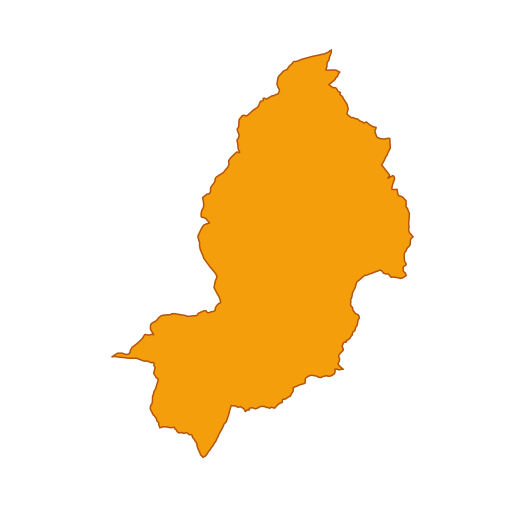 Dong Giang, Quàng Nam, Vietnam (orthographic projection), rotated 147°
{"feature_id": "81297802B9107629386142", "entity_name": "Dong Giang", "entity_type": "district", "adm_level": 2, "iso_a3": "VNM", "parent_name": "Vietnam", "parent_adm1": "Quàng Nam", "projection": "orthographic", "projection_center": [107.776, 15.912], "detail": "fine", "context": "isolated", "style": "filled", "palette": "amber", "viewbox_px": 512, "rotation_deg": 147, "n_neighbors": 0, "source": "geoboundaries", "source_scale": "gbopen_adm2", "svg_char_len": 6107}
<svg xmlns="http://www.w3.org/2000/svg" viewBox="0 0 512 512"><g transform="rotate(147 256 256)"><path d="M432.2,249.9L430.2,249.4L417.9,239.2L412.5,235.7L411.7,235.0L407.2,229.0L406.0,228.0L404.8,227.6L401.9,223.5L400.2,222.6L399.9,222.2L400.0,221.4L401.4,219.5L401.3,217.4L401.5,217.0L403.2,215.9L403.9,215.0L405.6,213.6L405.9,209.0L405.9,208.1L405.1,206.3L406.3,204.6L412.6,199.3L415.6,197.7L417.4,195.8L419.0,194.9L422.4,190.0L424.1,188.6L425.9,187.9L427.6,186.0L428.1,184.5L428.7,178.8L428.3,177.3L428.1,173.7L429.0,171.6L428.4,169.6L428.6,168.7L429.4,167.7L430.2,164.3L426.8,163.3L424.1,161.4L421.2,158.5L417.8,156.8L418.1,156.3L418.0,154.5L417.5,153.3L417.8,151.7L417.0,149.5L415.1,148.9L413.4,146.9L412.3,146.2L410.7,145.8L410.2,145.3L409.2,142.3L407.7,141.6L407.3,140.5L408.0,138.5L407.6,135.3L407.9,134.0L407.7,132.9L407.9,130.9L408.1,130.1L408.5,129.7L408.9,128.7L409.6,126.2L410.2,121.6L410.8,119.5L410.2,117.1L410.2,116.0L407.3,115.8L404.1,116.9L401.7,118.2L399.8,118.5L398.4,119.4L394.8,120.6L393.3,121.6L391.0,122.3L387.8,124.4L386.3,125.1L384.8,126.3L377.5,130.2L373.9,132.7L371.9,132.9L371.1,133.3L365.7,137.5L362.6,140.4L358.2,144.1L356.4,142.4L354.9,141.5L353.5,138.9L350.7,137.9L350.6,136.8L349.8,135.7L349.4,133.8L349.4,132.8L349.7,131.9L349.5,131.4L347.5,131.6L345.5,130.6L344.9,131.6L344.2,131.9L341.7,130.7L339.6,128.0L336.6,127.5L334.8,127.5L333.6,127.0L331.4,125.7L331.2,125.2L330.5,124.9L329.9,123.3L328.0,122.0L327.4,120.8L325.6,120.9L323.2,118.2L320.6,119.0L317.8,119.5L315.8,119.5L313.9,118.9L311.9,121.1L311.1,121.0L309.2,120.0L305.3,120.1L303.3,119.8L301.4,121.1L298.4,122.5L297.1,124.5L296.2,125.2L294.1,124.9L292.0,124.4L290.5,124.4L284.4,122.6L283.2,123.6L281.7,126.0L280.7,126.5L278.8,126.7L276.1,126.4L274.1,125.6L270.6,122.2L269.4,120.1L267.7,118.7L265.6,118.5L262.3,117.3L261.9,117.1L261.3,116.1L259.5,115.0L258.4,114.6L255.8,114.4L254.1,114.6L252.5,116.2L251.4,118.0L250.1,117.4L248.4,115.3L246.6,114.7L244.7,113.6L244.6,114.2L245.3,115.6L246.0,119.0L245.9,120.7L245.8,121.0L243.2,122.7L242.4,123.6L241.8,124.5L241.5,126.5L240.5,127.7L239.5,128.2L234.0,129.5L233.6,130.1L232.9,133.3L230.3,135.4L229.1,135.5L227.1,134.7L226.7,135.0L226.4,135.8L223.7,135.5L221.6,136.1L219.2,137.2L218.0,137.4L217.5,138.5L216.1,139.4L213.8,139.6L211.1,142.0L209.7,142.4L208.5,143.2L205.4,146.6L203.0,147.8L202.5,148.8L202.3,151.0L203.9,153.4L204.2,157.7L204.0,158.6L203.1,160.1L203.5,162.6L202.8,164.4L201.3,165.9L200.7,167.6L198.3,169.1L194.7,172.9L190.1,175.4L186.2,178.9L184.8,179.5L182.8,179.5L178.0,180.3L175.3,180.4L173.5,179.7L160.2,176.7L159.5,176.4L158.7,175.3L158.4,172.2L157.7,171.1L156.9,170.3L155.4,169.5L154.8,168.8L154.3,164.6L152.4,163.6L151.2,162.6L148.6,160.3L147.2,158.6L145.3,157.9L144.0,157.7L140.5,157.9L140.1,160.5L140.7,162.7L139.1,166.1L138.2,166.6L135.3,166.8L134.5,167.2L134.4,167.4L134.3,170.3L133.8,171.6L131.1,176.4L129.1,178.1L127.6,178.5L126.0,179.6L124.4,180.4L122.9,180.6L120.7,181.4L117.8,185.3L116.4,186.2L114.4,186.4L113.8,186.7L114.6,192.2L113.9,194.7L111.9,196.9L110.1,200.3L104.3,207.9L103.1,213.5L103.4,215.3L100.1,220.6L100.8,225.0L101.7,226.9L103.0,228.3L103.4,229.1L103.4,230.3L101.4,235.1L105.0,237.2L105.6,237.9L105.2,238.8L102.8,241.3L98.2,244.8L97.6,245.6L97.1,246.6L97.1,248.4L97.6,248.9L102.8,249.3L102.7,249.6L100.4,250.5L99.9,251.4L101.0,263.9L97.3,265.8L93.0,268.5L90.8,269.4L88.8,271.0L84.7,273.2L79.8,281.7L80.9,282.7L85.1,284.4L88.0,287.0L89.5,289.1L89.8,290.5L88.6,295.3L88.1,296.3L85.5,298.0L85.3,298.6L87.6,300.8L89.3,304.4L90.4,308.2L92.8,308.7L95.5,313.1L96.1,315.5L97.6,316.8L99.2,319.2L100.6,320.2L100.9,320.7L102.3,324.8L102.3,325.3L101.5,326.7L98.7,328.9L97.0,333.7L97.0,340.3L96.7,342.8L97.7,345.9L96.2,347.1L97.5,349.4L97.3,351.9L97.4,353.2L98.0,354.1L100.0,355.6L101.6,360.1L99.0,360.2L97.5,360.5L93.8,360.9L91.9,362.0L90.2,362.1L87.5,364.0L85.6,364.6L87.7,368.3L89.5,369.7L95.3,373.2L96.0,374.1L93.2,376.4L91.5,378.9L90.3,379.8L88.3,380.5L86.1,382.7L82.9,385.0L81.4,386.5L80.7,387.7L82.5,387.9L83.0,387.6L84.2,387.6L89.1,388.3L90.6,389.3L92.1,389.6L100.0,392.7L110.4,396.0L116.3,397.2L117.9,398.3L118.5,398.4L119.7,398.2L120.9,397.7L125.1,397.0L128.1,395.6L129.1,395.6L131.7,396.1L133.3,395.9L135.4,395.2L138.2,394.7L140.3,393.7L144.2,389.5L144.9,388.6L145.6,385.6L145.8,383.1L146.3,381.8L149.3,379.9L150.1,380.0L150.9,380.6L153.9,380.8L155.4,381.6L161.5,381.9L162.1,382.2L162.8,383.6L163.2,384.0L164.3,384.2L164.7,383.1L165.3,382.6L165.8,382.5L168.1,383.3L172.0,380.5L174.2,379.8L178.5,379.9L187.1,378.5L188.0,379.0L189.7,380.8L190.4,381.0L191.1,381.1L194.1,380.3L196.2,379.3L200.1,373.8L202.8,372.6L203.5,370.5L203.8,368.3L204.4,366.4L206.4,364.5L208.4,363.9L209.1,363.0L210.4,359.7L212.6,355.5L213.0,352.4L213.4,351.8L214.2,352.1L214.9,353.4L216.0,353.7L223.9,352.1L226.9,350.9L227.6,350.1L228.8,347.4L231.3,345.8L234.6,345.0L238.1,343.7L244.4,343.9L246.3,343.8L248.0,343.2L249.7,341.2L250.7,340.4L255.3,338.7L257.0,337.8L257.8,336.9L258.6,335.3L260.3,334.0L262.0,333.8L263.1,334.5L263.8,334.6L268.9,334.1L270.9,329.4L272.1,327.1L273.7,325.4L276.9,323.5L277.8,322.7L278.9,321.5L280.5,319.0L280.3,318.1L278.7,316.4L277.6,314.7L277.5,312.2L276.8,309.6L277.0,309.2L277.7,309.2L281.2,310.2L283.2,310.3L286.7,308.8L293.4,304.7L294.5,303.3L296.1,297.7L297.8,295.3L299.2,291.8L300.4,284.8L301.1,282.4L300.4,271.3L299.6,264.9L299.5,263.0L299.8,260.6L300.5,259.4L304.1,256.9L308.4,252.4L309.1,245.2L309.1,242.3L310.3,237.7L311.1,236.1L313.5,236.4L316.2,235.7L318.0,234.8L320.0,232.7L320.8,232.5L323.1,233.1L323.8,233.6L326.4,234.1L327.3,234.6L327.6,235.2L327.8,237.3L328.7,238.1L332.3,238.9L335.4,239.3L336.1,239.2L337.2,238.4L338.3,238.5L344.6,241.7L346.5,242.9L347.8,244.7L355.4,251.7L357.4,253.1L358.1,253.4L359.1,253.2L359.9,253.5L364.8,256.3L367.8,257.5L371.0,257.3L374.8,256.0L379.3,256.4L381.4,256.0L382.7,254.8L384.5,251.8L384.6,246.0L384.8,245.8L386.6,247.4L388.4,247.7L389.4,248.3L391.5,250.5L392.3,250.6L396.3,248.7L397.6,248.4L402.9,247.4L409.7,246.9L412.5,245.4L414.6,243.5L416.3,243.1L418.1,243.9L419.1,244.6L421.4,247.6L425.1,249.9L432.2,249.9Z" fill="#f59e0b" stroke="#b45309" stroke-width="1.5"/></g></svg>